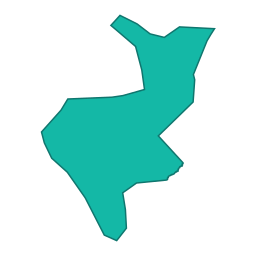 To'vshru'ulex, Arhangay, Mongolia (Robinson projection)
{"feature_id": "93677404B19526737982487", "entity_name": "To'vshru'ulex", "entity_type": "district", "adm_level": 2, "iso_a3": "MNG", "parent_name": "Mongolia", "parent_adm1": "Arhangay", "projection": "robinson", "projection_center": [102.181, 47.421], "detail": "fine", "context": "isolated", "style": "filled", "palette": "teal", "viewbox_px": 256, "rotation_deg": 0, "n_neighbors": 0, "source": "geoboundaries", "source_scale": "gbopen_adm2", "svg_char_len": 1568}
<svg xmlns="http://www.w3.org/2000/svg" viewBox="0 0 256 256"><path d="M110.9,25.4L119.5,32.7L135.6,46.5L141.8,70.0L144.5,89.5L122.9,95.6L112.0,97.2L67.8,99.0L61.0,110.2L41.5,132.0L44.3,142.7L44.4,143.0L51.7,158.2L67.3,172.2L85.2,197.8L104.3,235.1L116.7,240.6L126.4,228.2L125.4,209.6L122.7,192.8L136.5,183.0L166.0,180.1L166.9,179.9L167.5,179.5L167.4,178.8L167.6,178.4L167.5,178.1L167.7,177.7L167.9,177.6L168.2,177.6L168.3,177.4L168.4,176.9L168.3,176.7L168.4,176.4L168.5,176.3L168.9,176.2L169.3,175.9L169.7,175.6L170.3,175.6L170.6,175.4L170.8,175.2L171.1,175.2L171.3,174.8L171.3,174.6L171.6,174.5L172.1,174.5L172.4,174.4L172.6,174.6L173.1,174.3L173.4,174.1L173.8,174.0L174.2,173.7L174.6,173.3L174.7,173.0L174.9,172.8L175.0,172.6L175.3,172.3L175.6,172.2L175.8,171.8L176.1,171.8L176.3,172.0L176.6,171.9L176.6,171.5L176.7,171.3L176.9,171.2L177.2,171.2L177.5,171.2L177.7,170.9L177.8,170.9L178.1,170.9L178.0,170.4L178.0,170.0L178.0,169.8L178.2,169.6L178.4,169.6L178.5,169.4L178.4,169.1L178.4,168.7L178.7,168.3L179.1,168.0L179.6,167.7L179.8,167.6L179.8,167.2L179.7,166.9L179.8,166.7L180.1,166.5L180.4,166.4L181.0,166.4L181.3,166.0L181.4,165.8L181.6,165.9L182.0,166.0L182.0,165.8L181.9,165.5L182.1,165.3L182.4,165.2L182.4,164.8L182.5,164.6L182.2,164.4L182.1,164.2L182.2,163.9L182.4,163.7L182.6,163.7L182.7,163.4L182.8,163.2L183.1,163.1L183.0,162.8L175.0,154.1L158.3,135.9L193.1,102.0L194.7,79.7L193.4,74.5L207.0,40.9L207.1,40.7L210.6,34.8L214.5,28.7L179.5,26.9L164.3,37.4L150.1,33.9L137.2,24.0L120.0,15.4L110.9,25.4Z" fill="#14b8a6" stroke="#0f766e" stroke-width="1.5"/></svg>